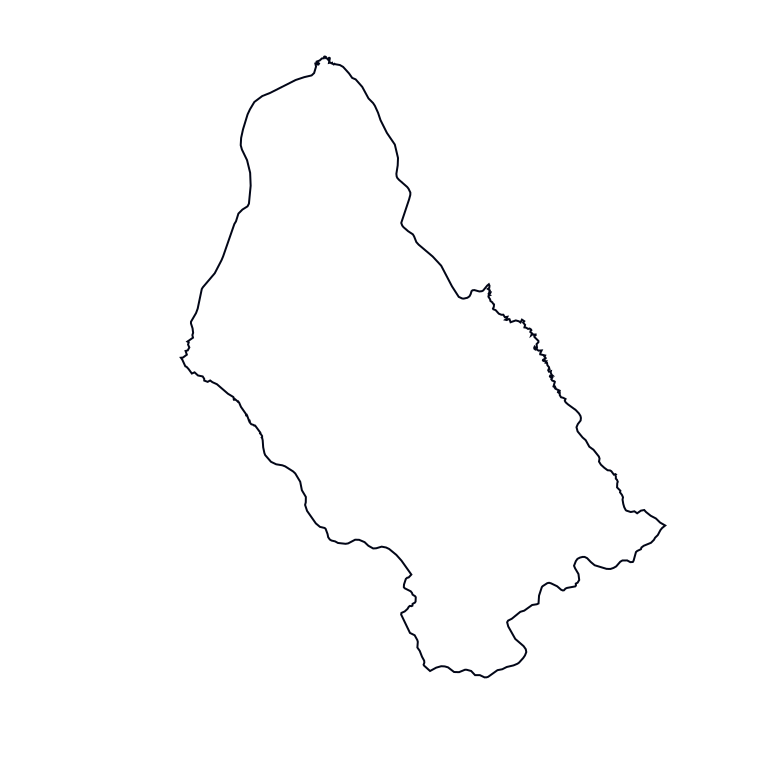 outline of Buachet, Surin, Thailand, rotated 325°
{"feature_id": "78962969B96676572304128", "entity_name": "Buachet", "entity_type": "district", "adm_level": 2, "iso_a3": "THA", "parent_name": "Thailand", "parent_adm1": "Surin", "projection": "robinson", "projection_center": [103.998, 14.484], "detail": "fine", "context": "isolated", "style": "outline", "palette": "ink", "viewbox_px": 768, "rotation_deg": 325, "n_neighbors": 0, "source": "geoboundaries", "source_scale": "gbopen_adm2", "svg_char_len": 6124}
<svg xmlns="http://www.w3.org/2000/svg" viewBox="0 0 768 768"><g transform="rotate(325 384 384)"><path d="M522.7,81.6L521.6,82.7L519.9,81.7L516.9,82.1L513.8,81.3L513.4,82.6L514.3,83.2L514.6,84.2L513.5,84.7L513.0,84.4L512.1,82.1L511.6,82.0L510.4,85.0L505.1,89.2L501.7,89.7L494.7,86.9L486.0,84.3L457.5,80.2L449.5,78.3L439.6,78.6L431.8,82.1L426.9,84.9L414.5,94.6L408.1,100.5L403.6,106.2L402.1,110.4L400.2,122.1L395.5,134.2L388.5,145.1L376.8,158.8L374.1,160.2L368.1,159.9L362.5,160.9L356.0,165.9L353.2,167.1L325.4,187.2L321.9,189.4L308.9,196.2L291.0,200.9L289.2,201.7L274.6,215.4L270.7,218.1L261.6,222.3L260.6,223.7L259.1,228.6L257.0,232.6L255.1,234.0L254.1,236.5L247.3,236.5L247.9,237.9L246.1,239.3L245.5,242.4L242.5,243.9L240.4,243.1L239.3,246.9L234.5,247.0L232.7,246.0L232.7,248.5L231.4,255.6L232.1,256.6L232.5,259.6L232.6,265.2L235.5,265.8L236.5,270.3L239.8,273.8L239.7,276.6L238.7,278.1L240.8,281.1L243.6,281.4L244.5,284.1L247.0,288.3L250.6,302.5L253.1,308.2L252.6,310.2L252.2,310.2L252.0,310.8L252.6,311.2L253.2,310.8L254.1,314.1L254.5,314.4L254.2,315.2L254.7,315.9L253.7,320.7L253.7,329.2L253.2,330.3L253.9,330.5L253.8,331.2L253.3,331.3L253.6,332.0L252.6,335.8L253.0,336.6L252.8,337.2L252.3,336.9L252.0,338.3L252.2,340.8L253.8,342.9L253.8,343.7L254.6,344.2L254.8,352.9L254.1,353.4L254.4,354.3L254.3,356.7L253.7,357.6L253.1,357.7L253.1,358.7L252.3,360.6L248.7,366.6L246.4,372.0L245.9,374.1L246.8,382.9L249.6,387.9L254.1,392.3L255.8,394.8L259.4,403.5L260.0,406.4L259.3,416.0L255.8,423.9L255.2,431.7L252.1,436.0L250.0,437.8L248.2,443.8L248.2,459.1L249.6,464.3L252.8,467.9L253.1,469.2L251.7,474.5L250.4,477.5L250.4,480.3L251.2,482.1L253.7,484.9L255.1,487.8L260.9,492.9L263.2,494.0L271.0,495.0L274.2,497.3L277.4,502.4L278.4,507.5L280.8,512.5L283.4,514.1L288.8,515.9L291.9,519.1L293.6,522.1L296.1,531.1L297.0,538.7L297.1,555.8L293.2,556.6L291.9,556.0L290.1,556.2L285.4,559.7L283.7,561.8L283.8,563.2L287.0,569.2L287.1,571.3L286.6,572.9L287.8,575.8L287.7,576.9L285.1,580.3L284.0,580.8L281.3,580.5L280.1,581.9L279.0,581.7L277.9,580.6L276.5,580.7L274.3,581.7L270.5,582.2L267.0,581.5L265.8,582.7L262.5,602.8L265.0,607.4L264.4,612.9L263.8,614.6L260.2,619.0L260.2,623.1L258.7,629.2L258.2,633.7L257.2,635.4L255.4,636.7L255.3,637.7L257.1,645.5L264.1,646.3L269.0,648.0L271.8,650.2L273.9,652.8L276.2,660.1L280.2,663.1L286.4,664.5L287.8,665.5L290.8,669.1L291.6,674.7L295.5,677.4L298.1,682.0L299.8,683.1L301.4,683.6L312.8,683.5L317.3,685.5L322.2,686.2L328.7,688.8L332.9,689.7L334.8,689.7L340.9,688.3L343.8,687.2L346.8,685.2L348.0,682.6L348.0,678.8L345.3,668.1L346.7,653.9L348.2,649.8L349.9,649.0L354.0,649.6L365.0,648.8L368.9,650.1L378.6,650.0L382.9,652.1L384.7,652.4L389.6,646.3L396.8,640.9L397.9,640.6L403.5,640.8L405.2,641.5L406.5,643.1L409.8,649.0L411.1,654.2L412.1,655.7L413.1,656.2L415.3,655.7L416.9,656.0L424.6,659.5L425.6,659.2L426.6,657.5L428.6,657.8L431.5,656.5L434.3,651.2L434.8,644.7L435.4,641.9L439.6,639.1L442.2,638.2L445.0,638.6L447.6,639.6L449.2,640.8L450.5,643.2L451.3,648.5L452.6,653.3L460.3,663.1L463.4,665.4L466.5,666.3L469.6,666.6L475.6,665.1L478.1,665.3L482.0,668.0L483.6,671.2L485.7,672.5L487.1,671.9L494.0,666.2L495.7,666.0L499.7,666.7L501.1,665.6L504.0,665.5L511.6,667.2L515.7,666.5L517.9,665.4L521.6,664.8L526.7,662.2L529.2,661.5L533.2,661.2L530.7,655.9L529.6,650.1L526.9,644.9L525.2,639.1L524.9,636.5L521.8,635.1L517.2,635.1L516.1,631.9L512.7,630.4L509.9,626.7L509.7,625.9L510.1,622.8L511.2,619.5L513.1,615.5L514.8,613.9L515.3,611.3L515.2,608.1L516.4,607.0L515.6,602.4L518.2,599.0L519.4,598.2L519.9,596.0L519.6,594.5L520.8,592.9L521.4,591.0L522.0,591.0L521.8,590.5L520.3,590.1L520.2,585.8L519.6,584.5L517.7,582.9L516.4,579.0L515.4,574.5L515.6,570.9L517.8,568.7L518.4,566.6L517.9,558.1L516.2,553.1L517.0,545.7L516.0,541.7L515.4,533.9L516.9,529.8L519.8,528.0L524.1,526.7L525.8,524.8L526.6,522.9L526.8,519.9L526.1,515.2L523.0,506.2L522.3,503.2L522.5,501.4L524.1,500.4L522.8,498.0L521.4,496.4L521.6,493.9L523.3,491.4L523.0,490.8L522.1,491.4L521.8,490.5L523.1,489.5L523.2,490.4L524.0,490.1L521.7,486.2L521.7,485.2L522.3,485.5L522.6,483.9L521.6,483.1L525.2,480.2L525.1,479.5L523.8,477.8L523.8,476.0L525.8,475.2L526.0,474.4L524.3,473.8L524.2,473.0L524.9,472.5L526.9,473.8L526.6,472.5L527.2,470.0L528.1,469.2L526.2,468.5L526.4,466.9L527.4,466.3L528.1,466.7L528.8,464.8L528.6,462.4L529.6,460.3L528.6,459.3L530.1,458.5L529.0,457.6L529.2,456.7L527.8,456.5L527.7,455.8L528.2,455.4L531.1,455.7L531.4,455.1L531.1,453.5L532.3,453.0L529.0,449.3L529.7,448.4L532.4,446.9L529.7,445.3L528.8,442.9L527.8,442.7L527.4,441.3L527.8,440.5L528.7,439.9L528.9,441.9L530.1,442.1L531.8,438.9L534.5,438.3L535.2,437.3L534.2,431.8L534.7,430.8L536.2,431.0L536.6,430.4L534.8,429.3L534.5,428.5L532.6,428.6L534.3,427.4L533.7,425.3L534.5,424.6L535.6,424.4L535.7,423.7L535.1,422.1L533.6,421.5L532.8,419.5L531.5,418.2L533.5,416.5L533.2,413.5L534.9,413.0L533.9,410.4L531.1,411.9L530.4,409.9L528.4,407.5L523.1,406.0L524.0,402.9L523.5,402.4L521.2,402.0L520.3,401.0L521.4,401.0L523.6,399.7L521.3,398.6L521.5,395.7L519.8,394.5L518.4,392.3L517.8,387.5L516.4,385.5L516.5,384.7L518.1,383.9L519.8,381.9L519.4,380.5L519.6,379.3L518.8,377.1L519.5,375.4L519.6,372.4L520.3,371.7L521.7,372.0L521.2,370.7L521.5,370.1L523.1,370.5L524.0,370.0L523.1,369.0L524.4,368.0L523.6,365.7L525.3,365.7L526.8,364.0L527.1,362.4L524.9,362.6L518.9,364.3L517.4,364.1L515.2,362.9L511.9,358.9L510.2,358.0L508.9,358.2L506.5,360.1L504.3,361.2L501.8,361.2L498.3,359.8L497.1,358.8L495.2,355.5L495.7,343.0L498.7,319.9L497.0,307.5L492.3,289.7L491.9,286.3L493.3,280.4L493.5,278.0L491.4,272.7L489.9,266.7L489.8,264.7L490.5,262.0L491.5,261.2L510.4,247.2L514.0,244.2L515.4,242.3L516.1,238.1L516.0,235.9L513.4,225.4L513.1,222.9L513.4,221.3L514.7,218.9L520.6,212.8L525.1,206.9L530.2,194.1L530.4,180.0L530.9,176.6L532.5,165.8L534.7,158.4L536.1,150.9L536.2,147.6L535.1,141.2L536.6,128.1L535.5,118.2L533.5,115.0L533.5,109.6L532.4,100.8L530.8,97.4L527.3,93.9L527.2,93.4L526.1,93.4L525.5,91.9L525.7,91.2L524.8,91.1L524.4,89.9L523.1,89.4L526.3,86.3L526.5,85.7L526.2,85.3L524.7,85.3L524.2,85.8L524.1,84.7L523.4,83.9L524.0,82.7L523.4,81.8L522.7,81.6Z" fill="none" stroke="#020617" stroke-width="2"/></g></svg>